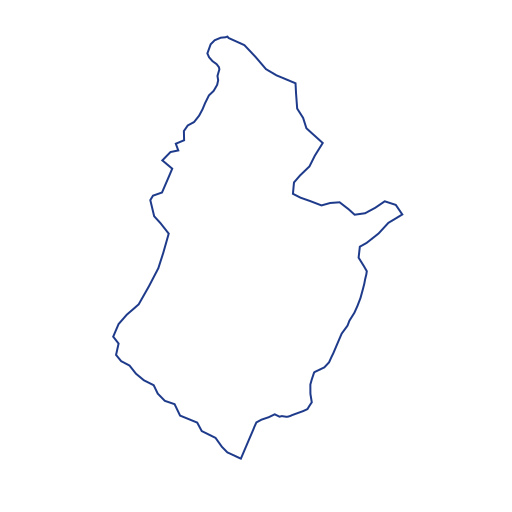 outline of Ormideia, Cyprus, rotated 111°
{"feature_id": "46923920B71817476426158", "entity_name": "Ormideia", "entity_type": "district", "adm_level": 2, "iso_a3": "CYP", "parent_name": "Cyprus", "parent_adm1": "", "projection": "equal_earth", "projection_center": [33.784, 34.997], "detail": "fine", "context": "isolated", "style": "outline", "palette": "blue", "viewbox_px": 512, "rotation_deg": 111, "n_neighbors": 0, "source": "geoboundaries", "source_scale": "gbopen_adm2", "svg_char_len": 1863}
<svg xmlns="http://www.w3.org/2000/svg" viewBox="0 0 512 512"><g transform="rotate(111 256 256)"><path d="M324.0,149.4L321.3,149.2L319.5,149.0L308.3,148.6L297.7,148.2L288.2,145.6L285.1,145.6L282.8,145.6L273.7,143.8L266.2,143.4L257.9,143.4L249.8,144.2L243.5,144.9L238.5,145.8L233.7,146.4L230.5,147.1L227.0,151.4L220.8,159.6L210.1,162.4L204.1,157.4L191.0,149.6L177.6,144.3L164.8,134.3L158.2,143.8L158.8,155.4L168.3,162.0L177.0,169.5L182.1,178.7L179.1,186.5L175.9,197.2L179.9,205.7L185.3,213.0L185.3,225.0L185.6,235.3L184.7,243.8L173.7,246.9L164.9,243.7L153.2,238.2L141.1,237.0L126.6,234.2L121.1,248.5L118.7,254.7L110.2,261.5L103.6,270.4L89.6,277.0L80.6,281.0L80.0,301.6L78.0,313.6L70.3,327.8L63.3,342.4L62.3,359.7L62.2,359.9L61.4,361.3L62.8,363.0L64.8,367.1L69.4,371.9L74.6,374.2L84.3,374.0L87.3,371.0L89.7,366.4L91.0,361.5L93.0,358.3L94.8,357.1L101.7,356.5L105.5,354.3L110.2,353.6L117.0,354.7L122.9,357.5L131.4,358.3L138.3,358.5L145.4,359.4L153.1,361.8L158.6,366.5L165.2,368.1L173.7,364.6L179.9,371.1L185.3,366.4L189.6,373.1L200.3,377.7L204.5,365.5L213.4,365.8L230.4,366.5L236.6,373.8L241.7,374.7L243.6,373.4L255.4,365.3L259.6,356.9L266.4,345.5L286.4,343.7L302.4,342.8L322.6,345.1L343.2,348.2L357.1,355.6L368.8,359.9L382.5,360.4L387.0,352.9L398.5,351.2L402.5,344.2L403.6,334.8L408.9,325.9L412.2,316.2L413.3,305.2L419.7,298.4L423.9,289.2L423.5,278.9L432.2,269.7L432.6,251.2L438.9,243.9L440.3,228.6L446.4,219.4L449.6,212.4L450.6,198.2L450.6,197.5L431.5,196.8L431.3,196.8L426.3,196.6L418.2,196.3L416.2,196.3L411.2,196.0L406.8,192.2L401.9,186.3L397.1,181.8L397.5,177.3L397.6,176.5L396.2,174.5L395.2,169.9L394.4,168.4L392.8,166.4L391.7,165.4L385.1,157.8L384.0,156.5L380.5,153.1L376.6,152.4L372.6,151.5L365.2,155.8L361.9,157.1L356.5,159.2L351.1,159.7L343.9,160.0L343.1,159.5L335.5,152.3L329.1,149.7L324.0,149.4Z" fill="none" stroke="#1e3a8a" stroke-width="2"/></g></svg>